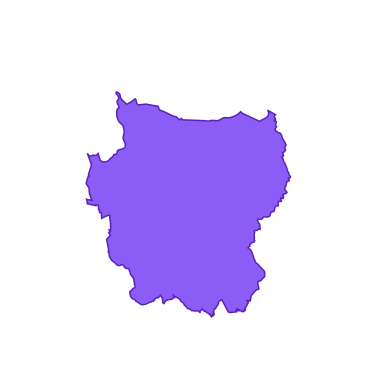 the district of Juchique de Ferrer, Veracruz, Mexico, rotated 321°
{"feature_id": "50627088B55369972555828", "entity_name": "Juchique de Ferrer", "entity_type": "district", "adm_level": 2, "iso_a3": "MEX", "parent_name": "Mexico", "parent_adm1": "Veracruz", "projection": "equal_earth", "projection_center": [-96.665, 19.824], "detail": "fine", "context": "isolated", "style": "filled", "palette": "violet", "viewbox_px": 384, "rotation_deg": 321, "n_neighbors": 0, "source": "geoboundaries", "source_scale": "gbopen_adm2", "svg_char_len": 6050}
<svg xmlns="http://www.w3.org/2000/svg" viewBox="0 0 384 384"><g transform="rotate(321 192 192)"><path d="M305.6,184.5L302.4,176.6L301.7,177.4L301.5,178.8L299.9,180.1L298.4,180.9L295.4,180.8L291.2,179.9L289.1,179.8L280.7,162.7L280.3,160.2L276.7,160.4L274.5,160.2L270.6,159.1L268.7,158.3L267.0,157.1L263.5,154.3L257.7,153.1L256.8,152.7L252.4,148.7L249.5,147.4L246.0,143.9L230.0,129.9L230.1,128.2L227.7,127.9L227.0,123.3L226.0,122.5L224.5,119.8L220.7,111.7L218.6,108.2L218.6,106.7L219.6,104.1L211.5,94.7L204.8,90.3L204.9,88.3L206.7,84.4L206.4,83.8L200.1,83.5L198.6,83.1L196.6,83.0L195.4,75.5L196.4,72.5L197.0,71.7L197.5,70.1L197.2,68.4L196.8,67.4L196.1,66.6L195.2,67.4L195.0,68.7L195.1,69.8L194.5,72.9L190.9,74.3L190.0,75.6L189.6,76.7L189.3,78.5L188.6,80.1L188.6,80.4L185.9,80.7L184.1,81.9L182.1,84.8L181.4,85.3L179.8,90.0L179.5,91.5L179.7,93.6L180.2,96.3L179.2,99.3L178.7,100.0L177.8,101.8L176.6,103.4L174.6,104.7L172.4,106.6L172.0,107.3L170.7,111.7L170.1,113.2L169.0,114.3L167.8,115.2L166.8,115.2L164.5,114.4L163.9,114.4L161.4,113.0L159.7,113.2L159.0,114.0L157.6,114.8L156.8,114.9L154.7,113.7L154.0,114.2L151.6,114.8L150.1,114.5L146.5,115.1L143.7,114.2L141.2,112.2L140.6,109.5L143.3,103.0L141.9,103.2L140.4,103.1L138.0,100.9L136.9,100.8L135.6,100.2L134.9,98.4L135.0,96.1L131.3,106.8L130.0,108.4L126.0,110.9L122.2,113.5L122.2,114.9L120.4,114.9L115.3,118.6L114.9,119.7L114.7,121.2L114.8,122.3L114.3,124.5L112.5,126.7L111.2,129.1L110.7,130.6L109.2,134.2L108.9,135.5L105.7,131.7L105.5,131.3L104.2,134.1L103.2,135.2L108.6,142.0L108.9,141.3L111.0,143.2L108.2,146.9L108.9,147.7L107.2,149.7L108.1,151.0L108.3,151.5L105.2,155.6L110.1,156.7L112.0,157.4L113.4,158.2L111.4,161.0L110.0,163.2L109.5,164.2L106.2,168.9L104.6,170.5L103.8,169.3L103.5,170.9L101.8,171.1L101.4,172.5L101.3,174.3L95.8,175.1L90.5,185.2L89.8,185.1L89.1,186.3L88.7,188.0L87.5,189.7L87.0,190.8L86.6,194.3L86.9,196.4L87.7,199.1L87.6,201.0L88.8,203.2L89.9,203.8L91.3,203.9L92.1,204.9L92.7,206.0L92.7,206.5L92.3,207.1L92.2,208.1L92.3,208.9L92.8,209.2L92.7,210.1L93.7,210.7L94.6,211.8L94.5,212.4L94.1,213.0L93.7,213.8L93.7,215.1L92.5,217.0L92.2,219.3L92.4,220.9L92.2,222.1L92.0,223.0L90.9,224.9L90.4,225.4L90.1,226.6L89.1,227.5L88.8,227.9L88.9,228.5L88.7,229.1L87.7,230.2L86.5,230.2L86.0,229.9L84.8,229.8L83.3,230.5L82.2,230.2L80.9,230.4L80.1,231.5L78.8,234.0L78.4,235.9L78.5,237.3L79.5,239.0L80.0,240.4L79.6,241.6L80.5,243.1L81.0,245.5L81.8,247.7L82.6,248.5L85.4,250.1L90.8,251.4L91.3,251.9L91.7,251.8L92.5,252.0L93.1,252.5L93.5,252.2L94.9,252.4L96.1,251.7L97.0,251.7L97.5,252.0L98.3,252.0L98.8,252.7L99.4,252.7L100.4,252.8L102.4,252.4L102.2,255.9L101.3,257.0L100.3,258.9L99.6,259.5L100.1,261.1L102.0,260.3L102.8,260.2L104.1,260.3L105.7,260.7L108.2,262.4L108.9,262.7L109.3,262.5L111.1,262.4L111.4,262.9L112.5,260.6L112.7,261.7L113.2,263.3L114.3,265.3L114.7,266.6L114.9,268.5L114.6,270.2L114.7,270.8L115.4,272.3L115.1,274.9L114.8,275.2L115.2,276.0L115.3,280.0L116.9,282.1L117.2,284.2L117.7,284.3L118.5,285.5L119.4,286.2L119.7,286.7L120.2,286.8L121.5,287.6L122.4,290.6L123.2,289.9L126.3,289.3L126.3,291.4L127.0,292.5L126.7,292.6L127.4,293.9L127.5,293.9L127.7,295.2L128.5,296.9L128.7,300.2L128.6,301.1L128.9,301.0L129.3,300.0L129.4,300.5L129.9,300.9L130.2,301.5L130.5,301.3L130.9,300.5L131.6,301.0L131.6,300.4L132.4,300.7L132.6,300.0L132.8,300.7L132.9,299.7L133.4,298.6L135.4,297.2L135.8,297.3L137.2,297.3L138.8,296.5L140.7,296.2L142.6,295.2L143.0,294.2L144.6,294.0L147.4,294.6L144.7,308.1L145.9,309.8L151.2,313.1L151.6,312.0L151.8,312.3L152.4,312.7L152.8,312.2L153.3,311.2L153.8,311.5L153.5,311.9L153.3,311.6L153.1,312.1L153.7,312.7L153.5,313.0L153.7,313.8L154.3,313.2L155.0,313.9L155.1,315.0L155.3,316.0L156.5,317.3L157.3,317.3L157.6,316.8L158.2,317.3L158.3,317.0L158.7,316.9L158.6,317.4L158.8,317.4L159.2,316.3L159.5,316.0L160.0,316.4L160.4,315.6L161.1,315.2L161.7,315.2L166.2,313.4L166.2,312.0L166.4,311.0L168.5,313.2L170.3,312.2L170.7,311.5L171.3,311.1L171.9,310.4L173.7,309.6L179.1,308.7L180.4,308.6L181.0,308.6L182.0,309.4L182.5,309.5L183.4,309.0L185.0,305.3L186.8,303.1L187.4,303.0L189.4,304.3L193.9,303.5L194.6,303.6L195.5,303.2L198.1,299.9L198.5,298.1L198.1,296.7L198.1,295.2L197.8,292.7L197.8,290.2L197.1,287.1L197.5,286.0L197.5,285.0L198.1,284.1L198.1,282.7L199.1,281.0L199.5,279.3L200.2,278.0L200.8,275.8L201.0,274.5L200.9,272.6L200.3,270.6L202.2,270.3L202.7,270.5L203.8,269.2L204.7,269.4L205.7,269.0L206.8,269.1L207.4,269.5L208.4,269.7L208.6,269.9L210.1,269.4L210.3,268.6L211.1,267.1L211.7,266.6L211.9,266.7L212.4,265.5L213.1,264.9L213.4,264.3L214.8,263.3L215.0,262.7L216.0,261.5L218.1,262.4L218.6,262.9L220.5,262.7L221.1,263.3L221.4,264.0L221.6,263.9L222.8,261.8L223.6,261.0L223.5,260.9L224.3,259.7L224.5,257.6L225.0,255.2L226.1,254.5L229.0,256.9L230.0,257.0L231.3,256.5L231.9,256.5L232.7,257.0L234.8,258.9L236.3,259.6L237.6,259.5L240.4,257.6L241.5,257.7L243.4,258.7L243.9,258.2L244.4,258.1L245.0,257.7L246.2,256.6L247.1,256.1L248.1,255.8L249.2,256.1L250.3,257.0L250.7,256.7L251.4,255.2L252.1,254.5L253.0,254.2L254.2,254.2L254.7,255.1L255.5,255.4L256.0,255.3L256.7,252.8L257.5,252.6L258.0,253.2L258.3,254.1L258.7,254.4L259.4,254.1L259.6,253.6L260.4,253.0L260.4,252.1L260.6,251.3L260.7,251.2L264.6,252.3L265.6,252.1L265.7,251.5L265.7,249.1L266.3,247.4L268.7,246.4L272.1,243.8L273.1,243.9L274.2,244.4L274.6,244.4L275.1,243.9L275.5,241.8L276.7,242.5L277.7,242.5L278.0,242.3L278.3,241.8L278.2,240.3L278.4,239.2L279.2,238.0L279.5,235.6L280.9,232.7L281.7,229.2L282.3,228.5L282.3,226.5L282.5,225.7L283.6,223.6L283.5,221.7L283.6,221.4L284.0,221.4L285.4,221.7L285.7,221.5L286.3,221.0L286.7,219.1L287.1,218.6L287.9,218.9L288.5,218.5L289.5,218.9L291.4,218.0L291.8,215.9L293.8,215.1L294.9,214.4L295.5,211.7L295.6,209.9L296.1,207.7L296.3,205.8L296.9,205.3L297.4,204.1L297.6,201.6L297.3,201.1L296.3,200.3L295.9,197.8L295.6,197.3L295.4,196.5L295.8,195.9L297.1,195.0L298.8,194.4L298.9,193.1L299.4,192.3L301.8,190.4L301.6,189.5L301.1,189.1L300.9,188.5L301.4,188.1L302.2,188.3L302.6,188.1L303.1,187.2L303.0,185.8L303.8,184.8L305.6,184.5Z" fill="#8b5cf6" stroke="#5b21b6" stroke-width="1.5"/></g></svg>